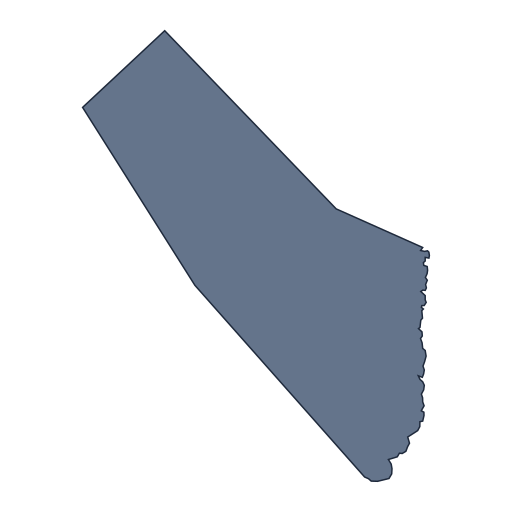 outline of Iebukel, Ngarchelong, Palau
{"feature_id": "81905179B92886188714488", "entity_name": "Iebukel", "entity_type": "district", "adm_level": 2, "iso_a3": "PLW", "parent_name": "Palau", "parent_adm1": "Ngarchelong", "projection": "robinson", "projection_center": [134.644, 7.699], "detail": "fine", "context": "isolated", "style": "filled", "palette": "slate", "viewbox_px": 512, "rotation_deg": 0, "n_neighbors": 0, "source": "geoboundaries", "source_scale": "gbopen_adm2", "svg_char_len": 1138}
<svg xmlns="http://www.w3.org/2000/svg" viewBox="0 0 512 512"><path d="M422.7,247.5L336.2,208.9L164.7,30.7L82.6,107.4L194.9,285.3L364.6,477.0L368.5,478.7L371.2,481.1L377.6,481.3L389.0,478.5L391.7,473.9L392.0,468.7L391.2,464.1L388.4,459.5L394.1,457.8L397.3,456.8L399.4,453.2L402.2,453.5L405.9,451.3L407.6,446.7L409.5,443.2L407.7,437.0L417.7,430.6L419.8,426.6L419.9,421.7L422.7,421.1L424.0,415.5L423.9,412.2L421.3,410.8L422.3,408.9L424.1,405.8L422.7,401.9L422.6,397.8L421.4,394.1L423.7,389.8L424.3,385.3L422.7,381.8L420.0,379.4L418.3,375.8L422.3,377.3L423.6,374.0L424.3,370.0L423.0,366.1L424.6,361.7L426.1,356.1L425.2,350.5L422.7,348.4L422.1,342.8L420.5,338.5L422.3,336.0L422.0,331.9L418.5,328.6L420.0,327.4L420.8,320.2L422.5,318.2L421.8,310.6L423.4,309.0L421.4,307.4L421.8,305.6L424.2,305.5L426.2,302.4L425.2,299.9L425.2,295.6L420.8,291.5L422.9,290.1L425.2,290.4L426.4,287.9L425.6,284.5L427.3,280.2L425.4,277.5L427.1,273.7L427.6,270.3L427.2,266.5L423.8,265.4L423.4,262.6L425.2,261.0L425.2,257.4L428.9,258.1L429.4,255.6L428.9,252.2L427.5,250.8L424.6,251.4L420.6,250.5L422.7,247.5Z" fill="#64748b" stroke="#1e293b" stroke-width="1.5"/></svg>